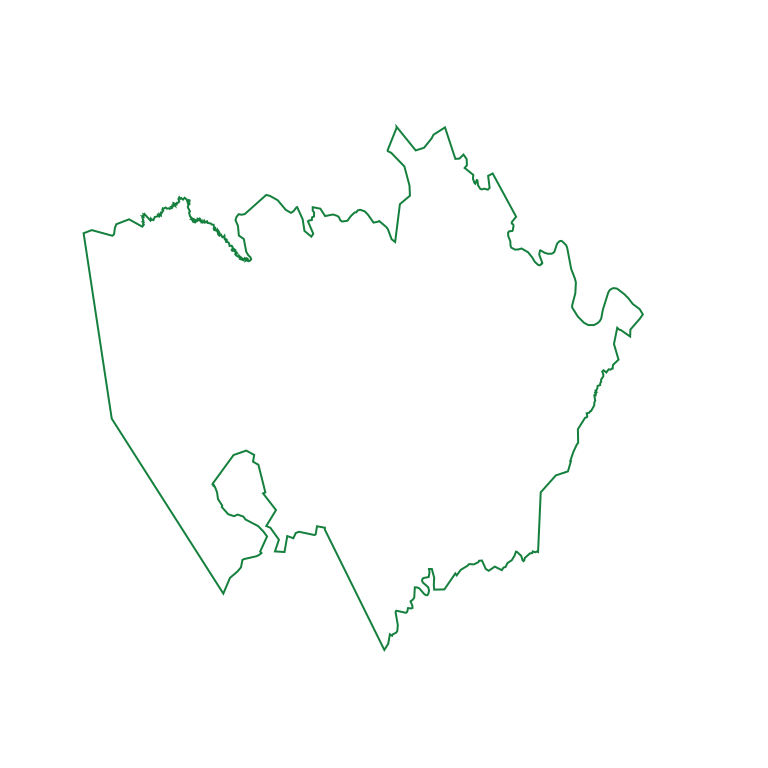 the district of Virešu pag., Apes, Latvia, rotated 69°
{"feature_id": "27541924B12272202930489", "entity_name": "Virešu pag.", "entity_type": "district", "adm_level": 2, "iso_a3": "LVA", "parent_name": "Latvia", "parent_adm1": "Apes", "projection": "robinson", "projection_center": [26.356, 57.405], "detail": "fine", "context": "isolated", "style": "outline", "palette": "green", "viewbox_px": 768, "rotation_deg": 69, "n_neighbors": 0, "source": "geoboundaries", "source_scale": "gbopen_adm2", "svg_char_len": 6165}
<svg xmlns="http://www.w3.org/2000/svg" viewBox="0 0 768 768"><g transform="rotate(69 384 384)"><path d="M275.2,200.7L226.4,207.1L227.0,212.2L238.7,215.1L239.8,217.4L237.6,220.4L237.3,223.2L236.0,224.3L232.0,225.0L227.3,223.8L226.9,224.4L229.7,227.0L228.8,227.5L224.2,227.4L220.8,225.7L211.2,231.3L209.5,228.2L203.7,226.2L198.3,227.6L200.6,232.8L199.4,236.7L166.3,235.1L169.0,248.4L171.8,251.6L177.8,261.9L177.3,270.7L148.3,280.1L149.3,280.4L167.0,296.8L168.0,297.0L170.8,294.4L188.2,287.0L207.9,289.1L217.5,292.3L221.8,304.7L255.4,322.7L251.6,325.0L240.8,324.9L238.3,325.6L230.1,330.1L230.4,330.8L229.6,335.9L219.8,338.4L215.8,340.2L212.9,343.7L212.5,346.4L213.8,348.3L213.3,349.8L215.3,354.7L218.5,359.6L217.3,364.9L215.5,366.1L212.1,366.3L210.4,367.3L207.5,370.8L206.1,378.8L197.5,380.6L193.4,387.2L196.5,388.4L198.8,387.8L202.5,389.3L202.6,391.4L205.1,392.7L204.5,395.1L204.8,396.7L218.4,396.2L220.4,399.0L212.6,403.4L201.1,400.9L187.7,401.7L187.8,402.6L190.2,406.4L190.9,409.5L186.2,413.3L174.3,417.4L167.5,423.1L165.3,426.2L175.5,453.2L174.9,456.4L173.4,458.8L175.1,461.8L177.8,463.9L184.1,463.7L193.4,466.3L198.4,462.9L211.1,465.2L215.0,464.6L218.1,463.2L220.1,463.4L220.9,465.4L220.8,466.5L220.0,467.4L218.8,466.3L217.4,467.1L217.7,467.8L218.8,467.9L219.2,469.1L217.9,468.5L216.6,468.9L217.6,470.4L215.7,471.5L217.5,471.5L215.5,473.8L213.6,473.0L212.6,473.3L213.7,473.7L211.4,475.7L209.6,476.4L208.9,475.9L209.4,474.5L208.4,474.3L207.0,475.5L205.9,474.7L204.7,475.4L206.4,475.7L205.5,476.3L205.5,477.6L205.0,478.1L203.4,478.1L204.6,477.5L201.8,476.3L200.3,476.7L199.8,478.7L197.1,478.2L195.8,478.7L194.7,480.5L193.8,480.2L193.3,479.1L192.1,479.6L191.9,480.8L188.5,479.9L189.4,481.4L189.2,482.2L186.3,482.6L186.6,484.5L185.0,485.2L184.4,484.8L184.8,483.7L184.4,483.4L182.8,483.6L183.5,484.0L183.2,485.0L179.9,484.5L180.6,485.8L179.2,487.4L178.1,487.3L178.2,485.9L177.6,485.6L176.5,486.5L174.3,486.0L173.2,487.8L172.0,488.2L170.5,490.9L168.7,490.8L168.6,491.6L169.2,491.8L169.1,493.5L167.1,493.5L168.3,495.2L168.2,495.8L166.3,495.6L166.9,496.6L166.0,496.6L165.4,497.5L164.2,496.5L163.4,496.8L163.5,497.4L164.6,497.6L164.5,498.4L163.1,499.0L164.7,500.1L163.8,501.0L164.7,500.8L165.5,502.4L164.4,503.8L162.4,502.1L161.2,503.2L162.8,503.5L162.9,504.2L161.8,504.3L160.9,505.2L160.3,504.0L157.9,505.0L154.0,504.5L153.3,503.3L149.0,503.8L148.0,503.6L147.3,502.6L145.5,502.4L146.4,501.5L146.2,501.0L144.3,501.3L144.3,500.5L142.9,499.7L142.1,500.7L142.6,502.2L140.8,502.2L138.7,503.4L139.8,505.6L137.8,506.6L138.2,507.5L137.8,507.8L136.3,508.2L137.7,509.7L140.1,509.7L140.7,510.3L141.1,512.0L140.0,512.9L141.3,512.6L142.2,513.4L140.2,515.2L142.5,515.3L140.7,516.3L142.1,516.9L141.6,517.7L142.8,518.1L142.4,519.3L143.7,519.1L143.6,521.4L142.9,521.6L142.5,523.8L141.0,524.6L141.3,527.2L140.8,527.5L142.0,528.6L142.9,528.0L144.5,529.9L144.0,530.8L146.6,531.8L145.4,532.6L146.4,532.7L146.8,533.4L145.3,533.1L144.8,534.4L146.4,534.8L145.9,538.1L148.3,540.5L147.5,541.3L147.7,542.0L146.0,542.4L147.5,543.6L139.7,546.6L140.3,547.1L139.6,547.7L140.5,547.8L140.6,548.6L141.8,548.7L141.2,549.5L141.9,549.3L142.3,550.0L145.5,550.1L145.9,551.3L147.2,550.5L148.3,551.7L149.2,551.2L150.5,553.3L138.9,563.0L138.9,576.6L142.0,579.4L147.4,582.3L148.3,584.4L135.6,601.7L135.6,610.4L318.8,650.6L522.1,609.1L509.8,597.3L506.5,587.9L503.9,583.2L497.5,579.2L497.3,577.4L499.1,564.7L498.8,561.7L497.9,559.0L496.1,559.7L484.4,547.8L478.4,549.5L471.6,552.4L460.8,561.9L457.4,562.8L453.4,567.5L453.7,571.3L449.8,576.1L440.7,579.5L439.6,578.6L431.9,580.2L425.4,578.7L419.8,578.7L418.6,578.9L418.9,579.1L418.0,579.7L417.2,579.3L416.4,580.1L415.6,579.6L396.4,549.9L396.8,536.5L403.7,530.6L409.6,534.1L414.4,530.2L442.6,533.6L442.8,536.1L463.0,530.0L474.4,544.8L477.5,541.6L491.7,537.9L501.2,545.8L505.2,537.1L491.3,528.8L495.5,523.9L491.5,519.8L491.5,516.3L500.1,503.0L499.9,501.7L492.8,497.5L497.0,490.7L498.7,491.4L632.4,479.0L628.1,473.2L619.8,468.2L621.9,466.7L620.9,465.6L620.5,461.8L619.4,460.1L614.0,457.5L601.3,455.0L600.3,454.3L600.2,453.5L605.5,445.5L604.9,443.9L601.8,441.9L603.2,439.3L603.3,437.7L601.5,437.0L596.4,437.1L595.7,434.5L594.4,432.4L584.9,428.1L585.9,425.8L587.6,424.2L594.1,421.9L596.1,420.6L596.7,419.2L595.8,417.8L592.8,415.9L589.5,415.6L583.2,418.9L581.3,419.0L579.9,418.1L579.3,416.7L580.2,411.5L576.0,408.9L572.8,408.3L573.9,405.6L582.9,406.6L589.4,409.5L594.0,410.8L597.4,401.2L586.4,385.3L588.7,384.7L585.0,378.9L583.6,371.1L582.6,369.1L584.6,364.8L584.2,359.9L583.1,358.6L583.9,355.8L593.1,355.3L595.9,353.2L594.2,346.0L600.0,340.7L598.2,338.2L598.4,336.1L595.4,332.9L594.3,327.9L591.1,323.7L587.8,320.9L588.4,320.0L593.6,317.5L598.1,317.8L599.3,317.3L599.0,316.3L596.9,315.0L594.4,308.3L595.0,306.2L593.6,305.1L595.3,303.0L595.1,301.6L596.1,300.4L541.3,276.5L530.9,256.3L531.5,243.6L523.0,237.1L522.6,237.7L515.2,231.5L509.5,225.6L508.5,223.8L495.7,219.2L487.6,208.4L487.7,206.4L487.0,205.8L484.0,205.3L484.4,202.9L483.2,200.9L483.4,200.3L479.3,195.4L476.7,194.3L475.2,192.8L469.8,191.7L469.5,190.9L470.2,190.4L469.0,189.6L467.6,189.9L467.7,188.5L465.9,188.8L465.9,187.9L464.7,186.6L462.3,185.2L462.5,182.7L460.3,181.5L459.9,180.5L457.8,179.8L455.4,176.5L453.6,175.8L450.5,175.8L449.9,174.0L452.9,172.3L450.8,169.0L451.8,167.3L451.3,165.8L451.6,165.1L448.2,163.3L445.3,156.3L429.1,155.0L415.1,146.1L417.7,144.8L418.6,143.5L427.9,137.2L421.5,134.5L414.7,121.7L411.8,117.4L405.7,118.5L398.4,123.1L391.4,125.2L386.2,127.5L378.4,132.3L376.7,135.4L376.7,137.5L377.3,139.7L378.9,141.8L393.0,153.0L400.8,157.8L402.7,160.2L403.8,163.1L404.2,166.9L402.2,172.1L398.6,175.3L390.4,178.9L380.2,180.9L378.2,180.3L367.9,172.9L358.1,168.5L354.2,168.0L343.5,168.0L322.6,164.2L319.7,164.2L314.6,166.5L313.9,167.2L313.6,168.9L314.8,171.9L321.9,177.8L322.5,180.6L321.3,184.0L319.4,186.7L315.3,190.0L315.3,190.5L318.7,192.7L327.8,192.8L328.3,193.3L328.1,194.0L328.8,194.8L329.0,196.2L328.0,197.4L324.1,199.4L318.9,200.3L312.6,202.3L306.8,207.0L306.5,210.5L305.5,213.5L302.3,216.3L300.1,216.3L295.9,214.9L290.4,215.0L287.1,213.9L286.3,212.5L287.1,209.5L286.8,208.8L282.8,206.4L281.4,206.2L279.9,207.2L278.6,206.6L275.2,200.7Z" fill="none" stroke="#15803d" stroke-width="2"/></g></svg>